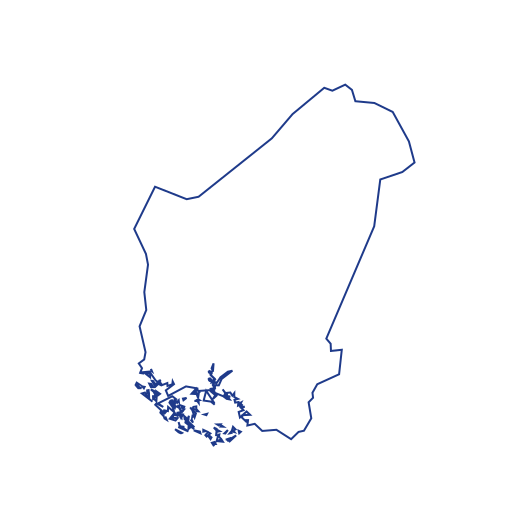 outline of Rufiji, Pwani, United Republic of Tanzania, rotated 113°
{"feature_id": "72390352B25336426084217", "entity_name": "Rufiji", "entity_type": "district", "adm_level": 2, "iso_a3": "TZA", "parent_name": "United Republic of Tanzania", "parent_adm1": "Pwani", "projection": "mercator", "projection_center": [39.283, -7.991], "detail": "fine", "context": "isolated", "style": "outline", "palette": "blue", "viewbox_px": 512, "rotation_deg": 113, "n_neighbors": 0, "source": "geoboundaries", "source_scale": "gbopen_adm2", "svg_char_len": 6207}
<svg xmlns="http://www.w3.org/2000/svg" viewBox="0 0 512 512"><g transform="rotate(113 256 256)"><path d="M400.7,321.9L403.8,317.1L408.4,317.0L404.0,308.9L409.7,299.9L410.4,296.7L408.4,296.3L407.6,295.0L413.4,298.5L411.3,301.9L411.6,303.0L415.5,297.5L409.7,295.1L410.7,293.3L411.9,295.3L412.1,292.6L407.6,288.0L410.2,286.7L406.8,282.9L404.0,283.7L406.0,281.4L414.9,286.5L419.1,282.2L403.4,269.5L400.8,258.2L402.1,257.5L404.0,254.2L402.5,255.8L396.1,243.3L395.6,245.2L393.8,242.4L391.6,245.4L388.8,244.7L389.7,246.1L389.8,247.4L389.4,247.6L388.5,247.4L389.1,249.6L388.8,250.6L387.7,251.5L387.0,251.2L386.6,250.4L387.7,247.9L387.6,251.3L388.2,247.2L389.6,247.3L388.6,246.1L386.3,246.6L385.5,245.8L383.3,251.3L382.8,251.6L381.5,250.9L380.8,251.3L381.6,251.4L381.8,251.9L381.7,253.5L381.4,254.0L380.8,254.3L380.6,254.2L381.1,253.6L380.2,252.5L380.1,252.3L380.1,251.6L379.3,251.3L378.7,250.8L376.7,253.0L371.4,253.1L378.6,250.7L380.1,251.6L381.1,253.4L381.1,253.9L380.6,254.0L380.8,254.2L381.7,253.5L381.7,251.9L380.7,251.2L381.5,250.9L383.1,251.3L385.2,245.8L386.1,245.6L386.4,246.5L388.3,245.9L389.3,246.5L389.4,246.0L388.0,244.9L388.9,242.7L381.5,241.3L373.5,236.7L370.8,232.9L382.6,239.6L389.6,239.7L391.0,243.2L394.2,242.0L396.0,243.1L397.8,240.4L398.0,245.6L400.0,239.1L404.4,239.8L399.8,237.7L398.0,239.6L397.9,230.8L394.2,230.7L391.8,234.6L395.3,228.4L393.3,229.2L391.7,226.3L393.8,223.2L390.7,222.4L394.3,220.9L394.6,216.8L396.8,219.6L399.1,217.9L397.3,215.1L400.7,214.1L399.3,213.0L397.6,213.3L396.5,212.4L401.1,212.7L397.8,210.6L400.8,210.9L399.1,207.6L401.8,209.9L402.8,207.3L406.3,211.0L410.9,207.7L402.8,203.9L404.5,199.4L407.8,206.3L410.3,205.6L412.6,199.5L411.0,201.1L410.2,199.2L415.4,197.7L411.0,191.6L414.6,181.9L408.0,169.3L410.9,152.1L401.3,148.1L398.1,143.6L383.8,141.7L370.1,150.4L364.2,148.1L359.8,150.6L350.1,149.5L332.4,133.3L308.8,140.4L314.1,149.9L307.6,153.0L304.6,159.0L182.5,158.8L137.0,171.5L121.5,154.1L108.0,146.6L90.8,160.0L70.0,186.4L68.9,206.8L74.7,225.0L65.6,232.6L63.4,240.8L74.0,250.3L74.5,258.9L111.1,277.8L141.5,287.4L223.9,332.0L230.8,342.0L231.7,376.0L278.7,378.7L297.1,358.1L306.2,352.0L332.9,344.7L348.6,335.9L366.2,335.7L387.7,320.1L394.9,318.5L400.7,321.9ZM401.0,308.5L402.8,306.7L402.6,307.5L401.0,308.5ZM429.3,277.9L431.6,270.7L427.9,273.4L424.8,278.4L423.0,278.3L421.6,277.0L423.9,274.0L420.5,274.9L419.0,273.7L417.8,278.2L430.0,288.6L431.2,282.4L430.6,290.1L432.3,290.6L436.6,278.6L434.4,277.9L434.1,281.1L433.2,276.5L429.3,277.9ZM409.5,247.7L407.1,238.5L407.8,236.7L399.5,249.2L409.5,247.7ZM429.0,264.1L425.8,266.0L425.6,271.7L427.2,271.4L426.8,272.1L427.5,272.9L427.2,273.3L431.5,270.6L431.9,269.8L432.7,268.9L434.0,268.2L433.8,266.6L431.0,267.1L429.0,264.1ZM432.8,255.3L431.4,259.5L434.1,257.9L435.3,253.4L435.7,256.8L436.2,252.9L436.4,256.0L436.9,255.9L439.5,245.3L436.6,254.4L437.7,245.8L434.7,253.9L429.3,255.3L432.8,255.3ZM430.5,294.4L429.3,298.5L425.4,300.3L427.8,301.3L425.1,304.9L427.1,307.3L430.5,294.4ZM409.4,253.8L405.2,254.9L405.4,259.9L402.6,257.3L401.2,259.2L408.0,261.5L406.3,256.7L409.4,253.8ZM433.2,223.5L431.5,220.9L431.1,224.7L430.5,224.8L430.4,227.8L432.1,224.1L437.4,222.4L433.2,223.5ZM436.0,264.9L437.5,269.7L432.1,269.7L439.5,271.8L438.9,265.8L436.0,264.9ZM442.5,257.0L441.3,255.2L442.4,259.4L439.1,262.4L443.4,259.0L443.8,260.7L443.9,249.7L442.5,257.0ZM428.4,249.5L424.4,249.8L421.1,257.4L422.9,254.3L428.4,249.5ZM409.0,306.1L405.4,307.6L407.6,311.3L409.0,306.1ZM425.1,292.1L420.1,294.7L419.9,300.6L421.0,297.1L425.1,292.1ZM437.8,208.2L428.9,204.2L437.5,210.4L435.2,207.9L437.8,208.2ZM442.0,219.9L438.3,216.4L436.6,219.6L434.6,220.0L435.2,220.8L442.0,219.9ZM437.2,228.7L436.9,231.4L440.7,232.6L441.5,230.9L437.2,228.7ZM426.5,207.0L425.6,208.8L423.6,207.1L422.2,210.4L426.9,209.9L426.5,207.0ZM427.1,274.0L425.2,273.9L422.9,277.6L424.9,277.7L427.1,274.0ZM434.5,261.6L430.4,261.3L430.9,263.5L433.3,262.0L431.7,264.9L434.5,261.6ZM421.2,250.7L417.8,252.2L419.4,254.7L421.0,254.7L421.2,250.7ZM440.8,245.2L440.9,237.9L439.5,239.0L440.8,245.2ZM425.7,262.8L422.7,263.1L422.9,266.7L425.7,262.8ZM416.8,299.2L414.7,302.5L415.2,304.4L417.8,301.4L416.8,299.2ZM437.6,282.8L439.7,278.0L436.2,282.9L437.6,282.8ZM395.4,224.8L396.5,229.1L398.1,230.6L398.6,228.5L395.4,224.8ZM431.4,214.9L427.2,213.9L431.6,215.8L431.4,214.9ZM447.5,220.3L446.0,221.9L444.8,219.6L443.4,221.5L445.2,223.6L447.5,220.3ZM424.7,300.7L421.4,302.5L422.2,303.7L424.9,302.5L424.7,300.7ZM428.6,291.0L425.6,292.0L424.3,294.4L427.5,293.9L428.6,291.0ZM421.2,316.4L419.9,312.7L419.2,316.3L421.2,316.4ZM430.1,263.3L431.0,266.6L433.0,265.5L431.2,265.3L430.1,263.3ZM419.9,274.4L422.0,271.9L422.0,270.4L419.9,274.4ZM438.3,235.9L436.7,233.6L436.6,236.6L438.3,235.9ZM440.9,217.2L439.9,213.9L438.3,216.2L440.9,217.2ZM436.9,212.1L435.4,209.6L433.0,207.7L436.9,212.1ZM423.7,312.7L422.4,309.8L421.9,316.3L423.7,312.7ZM448.1,255.2L447.7,254.9L447.1,262.8L448.5,258.4L448.6,256.2L448.1,255.2ZM413.7,251.3L411.7,252.3L413.4,256.1L412.5,253.3L413.7,251.3ZM422.3,291.6L420.4,290.5L419.6,294.2L422.3,291.6ZM417.1,266.4L413.8,264.5L415.8,267.5L417.1,266.4ZM425.7,202.2L423.7,201.3L423.6,203.7L425.7,202.2ZM426.3,273.9L425.1,273.1L423.8,272.8L423.5,273.2L426.3,273.9ZM441.7,274.2L439.8,276.1L440.5,277.4L441.3,276.7L441.7,274.2ZM441.6,250.6L438.8,249.1L439.1,251.5L441.6,250.6ZM408.1,239.1L409.0,236.0L407.6,238.8L408.1,239.1ZM434.0,248.9L432.2,250.6L432.7,251.3L434.0,248.9ZM426.2,223.9L425.0,223.3L426.2,225.9L426.6,223.3L426.2,223.9ZM429.6,251.6L427.0,250.9L427.6,252.1L429.6,251.6ZM425.5,221.5L426.8,221.8L425.9,219.4L425.5,221.5ZM425.3,296.0L428.7,294.4L424.7,294.9L425.3,296.0ZM428.0,264.1L428.3,263.1L426.6,262.6L428.0,264.1ZM421.6,307.5L420.0,307.4L420.5,309.6L421.6,307.5ZM429.5,210.9L428.5,209.5L427.8,210.4L429.5,210.9ZM408.0,313.1L407.7,315.4L408.3,316.4L408.8,316.4L408.0,313.1ZM398.3,224.2L397.3,226.0L398.8,226.5L398.3,224.2ZM442.3,226.3L440.4,226.1L439.6,228.7L440.6,229.1L442.3,226.3ZM420.6,269.9L419.0,270.8L419.9,271.1L420.6,269.9ZM421.5,248.3L420.7,250.0L422.1,250.0L421.5,248.3ZM425.2,267.9L423.7,268.3L424.1,269.0L425.2,267.9ZM421.9,239.5L420.4,239.4L422.1,241.6L421.9,239.5ZM412.3,254.9L410.7,251.7L410.4,252.9L412.3,254.9Z" fill="none" stroke="#1e3a8a" stroke-width="2"/></g></svg>